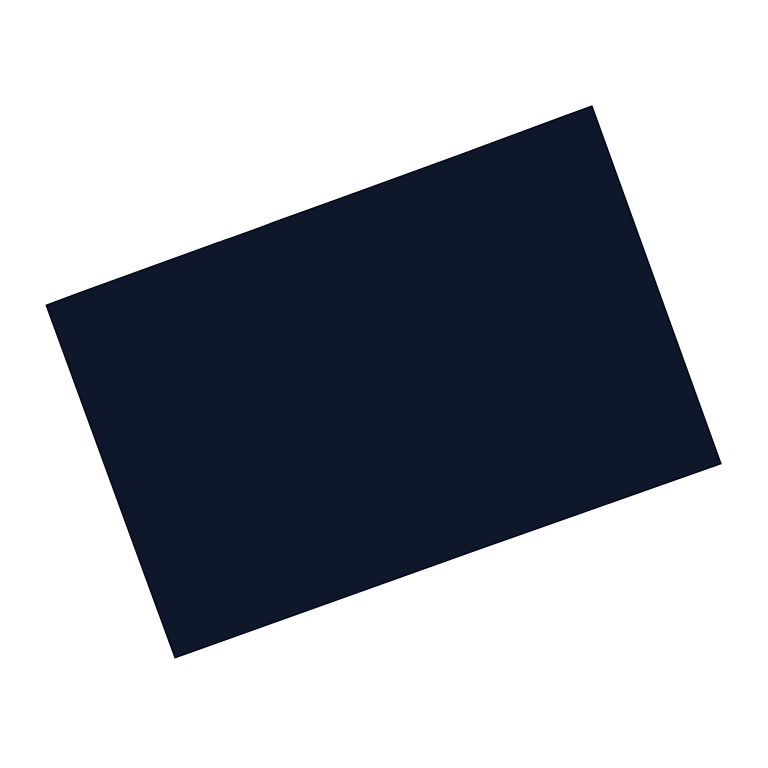 Chautauqua, Kansas, United States of America (Robinson projection), rotated 160°
{"feature_id": "52423323B34946311974500", "entity_name": "Chautauqua", "entity_type": "district", "adm_level": 2, "iso_a3": "USA", "parent_name": "United States of America", "parent_adm1": "Kansas", "projection": "robinson", "projection_center": [-96.23, 37.151], "detail": "fine", "context": "isolated", "style": "filled", "palette": "ink", "viewbox_px": 768, "rotation_deg": 160, "n_neighbors": 0, "source": "geoboundaries", "source_scale": "gbopen_adm2", "svg_char_len": 432}
<svg xmlns="http://www.w3.org/2000/svg" viewBox="0 0 768 768"><g transform="rotate(160 384 384)"><path d="M94.7,194.0L93.6,574.0L119.7,574.0L207.6,573.5L229.4,573.3L348.7,573.3L351.5,573.3L412.3,573.5L430.5,573.6L446.3,573.3L478.1,573.4L479.8,573.5L482.5,573.5L485.2,573.6L489.3,573.4L491.3,573.6L636.6,573.8L674.4,573.5L674.0,252.8L673.9,198.3L355.6,196.5L94.7,194.0Z" fill="#0f172a" stroke="#020617" stroke-width="1.5"/></g></svg>